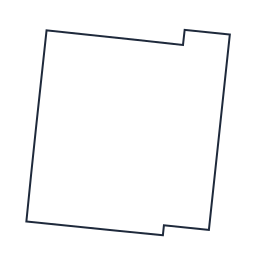 Hardin, Iowa, United States of America (Natural Earth projection), rotated 96°
{"feature_id": "52423323B84465171614567", "entity_name": "Hardin", "entity_type": "district", "adm_level": 2, "iso_a3": "USA", "parent_name": "United States of America", "parent_adm1": "Iowa", "projection": "natural_earth1", "projection_center": [-93.254, 42.383], "detail": "fine", "context": "isolated", "style": "outline", "palette": "slate", "viewbox_px": 256, "rotation_deg": 96, "n_neighbors": 0, "source": "geoboundaries", "source_scale": "gbopen_adm2", "svg_char_len": 308}
<svg xmlns="http://www.w3.org/2000/svg" viewBox="0 0 256 256"><g transform="rotate(96 128 128)"><path d="M24.4,36.5L24.5,81.9L39.7,82.0L39.5,127.7L39.4,219.2L135.8,219.5L183.2,219.5L231.6,219.3L231.3,127.9L231.0,82.1L221.0,82.1L220.9,36.9L24.4,36.5Z" fill="none" stroke="#1e293b" stroke-width="2"/></g></svg>